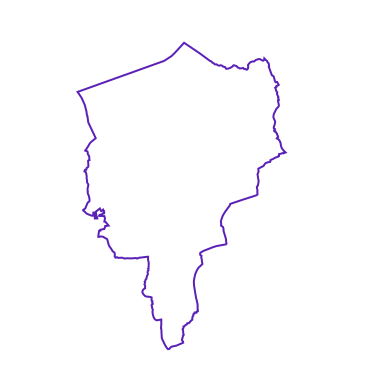 Sao Hai, Saraburi, Thailand (orthographic projection), rotated 166°
{"feature_id": "78962969B47603899438932", "entity_name": "Sao Hai", "entity_type": "district", "adm_level": 2, "iso_a3": "THA", "parent_name": "Thailand", "parent_adm1": "Saraburi", "projection": "orthographic", "projection_center": [100.84, 14.59], "detail": "fine", "context": "isolated", "style": "outline", "palette": "violet", "viewbox_px": 384, "rotation_deg": 166, "n_neighbors": 0, "source": "geoboundaries", "source_scale": "gbopen_adm2", "svg_char_len": 5937}
<svg xmlns="http://www.w3.org/2000/svg" viewBox="0 0 384 384"><g transform="rotate(166 192 192)"><path d="M97.0,235.1L95.4,237.5L94.4,239.8L94.3,240.9L94.9,243.8L94.9,244.7L94.7,245.6L94.0,247.4L93.3,248.4L90.5,251.7L89.8,252.4L88.3,253.3L87.5,253.9L87.0,254.4L86.7,255.2L86.5,259.9L86.3,260.3L85.5,260.3L85.6,263.0L85.2,263.2L85.2,263.4L85.6,265.0L85.8,266.8L85.1,268.1L85.6,269.0L85.9,270.1L85.8,271.1L85.9,272.4L86.1,273.0L85.8,273.1L85.2,273.2L84.7,273.4L84.6,273.7L84.7,274.2L84.5,274.4L83.0,274.6L82.0,274.8L81.9,274.9L82.8,278.2L83.1,278.3L84.1,278.2L84.4,278.5L84.8,280.1L84.7,280.7L84.8,284.3L85.5,285.4L86.2,285.9L86.3,286.2L87.2,295.2L86.7,295.5L86.5,298.2L86.6,298.5L87.2,299.3L87.6,301.2L88.4,302.1L89.5,304.1L89.9,303.1L90.4,302.5L90.9,302.2L91.8,302.5L93.8,304.4L94.7,304.8L96.2,304.8L98.0,304.7L100.1,303.7L100.6,303.7L101.3,304.0L103.5,303.9L104.1,303.7L105.3,303.0L106.7,301.9L107.0,301.5L107.1,300.3L107.5,298.8L108.4,297.8L108.8,297.5L109.1,297.4L109.6,297.6L110.6,298.5L111.7,298.8L112.4,300.0L113.6,300.0L115.7,300.3L116.6,301.2L117.6,301.8L117.9,302.8L118.3,303.2L119.1,303.9L120.8,304.9L121.3,304.8L122.6,303.8L125.5,303.1L126.8,303.0L128.9,303.2L129.3,303.7L129.7,305.3L130.5,305.6L131.6,306.2L132.0,307.1L133.5,308.1L134.6,307.9L135.0,308.0L136.4,308.8L137.4,310.0L138.4,310.1L139.1,310.5L139.9,311.9L140.8,312.4L141.7,314.1L142.8,314.8L150.9,324.6L163.6,338.7L174.8,331.3L178.9,328.9L186.5,326.2L187.9,325.9L278.8,316.8L276.7,311.1L276.4,310.0L276.0,308.4L274.9,301.7L275.0,299.5L274.9,296.1L275.4,291.4L275.1,291.1L275.8,284.6L272.4,267.5L278.5,264.6L279.7,263.6L281.8,261.4L284.8,258.6L285.7,258.1L286.3,258.0L284.4,257.4L283.7,256.7L283.6,255.8L283.9,254.1L283.8,253.5L283.2,252.1L283.2,250.8L283.6,249.4L283.7,247.8L284.8,247.7L285.2,247.5L285.3,247.3L286.2,242.4L286.6,241.6L287.0,241.3L288.4,240.8L288.6,240.6L288.9,239.6L289.2,239.2L289.6,239.2L290.1,239.4L290.6,239.3L291.4,238.0L290.4,237.2L290.2,237.0L290.2,234.9L290.4,232.7L291.0,230.3L291.0,228.2L291.5,227.2L291.5,226.7L291.0,225.2L290.8,223.9L291.5,222.7L291.8,221.8L292.5,220.6L292.8,219.5L292.9,217.9L293.3,217.4L293.4,215.3L293.0,212.9L293.1,212.3L293.1,210.3L293.6,208.1L294.0,207.7L295.8,206.9L299.6,201.8L300.0,201.6L301.0,201.4L301.3,201.0L301.9,200.9L302.1,200.6L301.5,199.7L300.6,198.5L299.9,197.2L299.1,196.2L295.4,193.5L294.2,193.0L293.3,192.8L293.2,194.2L292.7,195.9L291.6,195.7L291.8,193.9L292.2,193.0L292.1,192.3L292.7,189.8L290.3,189.2L290.2,190.2L290.9,191.5L290.3,193.3L290.4,194.3L290.0,196.2L285.4,198.3L284.8,195.6L283.8,195.6L282.5,196.4L282.2,195.1L281.9,194.7L282.0,194.3L282.4,194.0L282.1,193.4L282.4,192.6L284.1,192.7L284.2,192.2L285.5,191.9L286.4,192.2L287.2,192.1L288.0,191.4L287.1,191.0L285.4,190.6L284.4,190.3L283.9,190.0L282.9,189.8L282.8,188.8L282.9,187.2L284.2,184.5L283.2,184.0L281.1,179.6L281.7,179.7L283.7,179.8L284.4,180.0L284.9,179.0L286.1,177.3L286.9,177.5L287.3,177.4L290.1,177.5L290.3,177.4L290.3,176.7L291.5,176.8L292.3,175.1L293.8,171.2L292.9,170.9L291.3,171.0L289.3,170.2L286.0,167.0L285.7,166.5L285.6,161.0L285.4,159.6L284.1,156.3L283.3,153.7L282.1,152.2L281.8,151.6L282.0,150.1L282.6,148.0L282.2,146.9L281.9,146.7L280.6,146.9L279.8,146.1L279.3,145.9L275.8,145.2L273.4,143.7L270.8,143.4L268.3,142.6L265.1,141.9L263.3,141.7L261.5,141.1L261.3,140.7L258.7,141.0L257.4,140.7L252.5,140.2L250.3,139.8L251.0,137.2L251.1,134.3L251.3,132.9L252.6,128.6L253.2,128.2L253.0,127.3L253.0,126.7L254.1,125.9L254.6,124.4L254.6,123.3L254.7,123.0L256.5,120.6L257.3,118.7L258.1,118.4L258.8,117.1L259.6,116.5L259.4,115.4L260.1,114.5L260.5,113.8L260.1,112.7L260.8,109.9L261.8,109.7L262.6,109.2L263.4,108.7L263.9,108.0L264.4,106.8L264.4,106.2L263.7,104.1L262.6,102.3L261.5,101.6L257.7,100.2L256.7,99.5L257.5,96.5L257.4,96.0L256.8,95.6L256.9,95.1L257.5,94.0L257.1,93.2L257.1,92.9L258.5,92.1L258.7,91.7L258.5,90.4L258.8,89.5L258.5,87.2L258.7,86.7L259.1,86.0L259.3,85.3L259.6,83.5L259.6,81.5L259.5,79.9L259.2,78.5L258.8,77.5L257.9,76.5L257.1,76.0L252.7,75.7L253.9,70.7L255.1,67.2L254.9,66.6L256.6,57.8L256.5,56.3L255.2,50.2L254.6,48.1L253.8,46.1L253.5,45.5L253.0,45.3L251.8,45.3L250.1,46.6L249.4,46.8L246.5,46.8L244.4,46.7L237.0,47.9L236.9,49.1L237.6,50.6L237.6,51.0L236.0,53.6L235.7,54.5L235.3,54.7L234.9,55.4L234.6,55.5L234.8,56.1L234.6,56.7L234.5,58.3L234.2,59.5L234.3,60.1L234.1,60.7L234.3,61.2L234.0,61.5L233.5,61.8L233.0,62.8L232.6,63.1L232.7,63.6L231.5,63.8L231.1,64.2L230.5,64.4L230.1,64.6L229.1,64.8L228.3,65.8L227.6,65.7L227.0,65.5L226.6,65.8L226.1,65.8L225.0,66.8L224.2,67.1L224.0,67.5L222.6,68.0L222.2,69.6L221.6,70.8L221.5,71.1L220.8,71.5L220.5,72.1L220.5,72.5L220.1,72.9L220.0,73.3L219.1,73.5L218.7,74.4L218.1,74.5L217.4,73.8L216.8,73.8L216.6,74.0L216.1,75.0L215.4,75.1L215.1,75.0L214.7,77.9L214.2,79.6L213.8,81.6L213.6,86.2L213.7,88.0L213.2,94.4L212.6,100.9L211.9,104.6L211.2,106.5L208.9,111.2L207.5,113.2L206.1,114.9L204.1,116.9L199.3,119.6L199.1,122.6L198.8,124.3L198.9,125.3L198.8,126.5L198.2,127.7L199.3,129.2L198.7,131.0L195.0,132.1L184.8,133.4L181.3,133.6L171.7,133.0L171.4,133.1L170.9,134.0L170.9,135.8L170.4,137.8L170.8,146.4L170.3,149.1L170.5,150.7L172.0,152.4L171.4,153.6L171.1,156.4L170.8,157.1L168.1,161.3L165.0,164.5L158.4,170.0L157.8,171.2L144.2,172.3L130.4,173.2L129.6,173.5L129.0,173.9L128.6,176.5L128.1,177.5L128.0,179.0L128.1,179.6L127.9,181.0L127.7,181.5L126.5,182.3L124.9,185.9L124.6,187.2L124.5,190.0L124.2,192.0L124.2,193.2L122.3,195.9L122.4,196.9L122.0,198.6L116.2,200.0L114.6,201.6L113.5,202.2L110.9,202.5L108.9,202.3L108.6,202.6L108.3,203.9L108.1,204.0L104.7,204.6L103.4,205.1L99.6,205.5L99.3,206.1L98.8,206.0L98.4,207.7L96.7,207.6L94.2,207.9L93.9,207.4L91.6,207.7L93.0,209.8L94.3,212.9L94.5,215.3L94.2,218.3L94.6,220.4L95.2,222.0L95.4,222.3L96.8,223.4L96.1,224.1L95.1,224.5L95.1,225.6L95.4,226.3L95.5,228.3L96.2,229.5L96.3,230.6L97.2,230.7L97.5,231.2L97.5,231.9L96.4,232.7L96.3,233.0L96.4,233.3L97.1,233.9L97.2,234.3L97.0,235.1Z" fill="none" stroke="#5b21b6" stroke-width="2"/></g></svg>